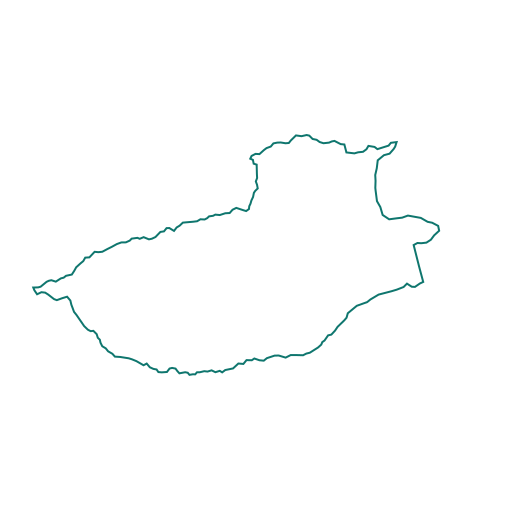 outline of Águas Belas, Pernambuco, Brazil, rotated 224°
{"feature_id": "56859067B72970478778439", "entity_name": "Águas Belas", "entity_type": "district", "adm_level": 2, "iso_a3": "BRA", "parent_name": "Brazil", "parent_adm1": "Pernambuco", "projection": "mercator", "projection_center": [-37.018, -9.099], "detail": "fine", "context": "isolated", "style": "outline", "palette": "teal", "viewbox_px": 512, "rotation_deg": 224, "n_neighbors": 0, "source": "geoboundaries", "source_scale": "gbopen_adm2", "svg_char_len": 2994}
<svg xmlns="http://www.w3.org/2000/svg" viewBox="0 0 512 512"><g transform="rotate(224 256 256)"><path d="M394.3,78.6L391.6,77.4L386.9,76.4L385.2,80.9L382.2,83.2L378.7,83.9L371.3,84.7L368.6,85.9L366.0,91.2L363.6,95.5L358.6,95.0L355.0,92.7L352.0,91.3L348.1,89.4L344.2,88.9L330.9,86.2L325.7,86.2L322.7,87.1L321.0,89.2L316.3,89.1L313.0,87.3L310.2,87.3L307.6,85.6L303.9,84.3L299.9,85.2L296.2,84.7L291.4,85.9L287.6,85.6L283.6,89.0L276.5,94.0L273.5,95.5L269.0,97.3L261.0,99.3L259.9,102.7L255.1,102.2L251.4,103.5L248.7,105.3L245.6,104.7L243.0,106.8L239.5,110.7L240.0,115.0L238.6,117.2L235.7,119.1L232.7,118.6L229.6,118.4L226.2,123.2L224.0,124.6L221.3,124.3L219.3,127.0L217.5,128.7L217.7,131.3L215.7,133.3L213.2,137.2L210.6,139.2L208.5,142.9L204.5,144.2L202.3,148.2L199.5,148.8L198.9,152.6L194.4,159.2L194.0,166.4L190.1,169.6L190.5,174.5L186.6,178.1L186.0,181.1L181.1,183.4L177.7,186.1L177.2,190.1L173.4,197.3L170.5,200.2L166.8,202.1L164.1,203.5L162.2,208.9L159.1,211.9L153.2,217.3L152.0,220.8L150.1,223.8L147.8,233.3L147.5,237.6L148.5,240.1L148.0,242.8L149.0,249.0L147.2,251.8L147.3,257.2L148.1,261.7L147.8,271.1L148.0,274.5L150.2,278.6L149.4,285.8L148.9,290.2L144.0,300.1L143.5,304.2L141.0,313.4L134.1,324.7L131.4,329.5L128.3,336.2L128.2,341.0L122.6,342.1L120.2,344.2L119.0,350.1L117.7,353.5L131.5,361.8L150.2,373.4L148.9,377.5L146.0,380.0L142.7,384.0L141.5,389.2L142.2,394.6L141.8,401.4L145.9,404.2L152.4,402.3L156.3,399.8L163.9,397.9L174.8,390.6L177.5,385.1L180.7,381.2L185.7,374.9L193.4,373.5L200.6,377.6L207.1,379.5L215.6,386.3L217.5,387.9L222.2,393.1L226.5,397.1L230.0,402.9L234.9,409.4L234.0,417.4L231.0,422.4L231.3,428.6L231.9,431.4L234.0,435.6L237.6,431.1L237.3,427.5L242.9,417.2L246.5,416.8L251.6,413.3L250.7,409.5L251.4,405.3L254.6,401.5L256.5,398.2L262.9,393.3L269.9,397.6L272.8,395.3L279.5,393.3L281.1,391.0L282.2,388.3L285.8,384.0L289.4,382.2L293.1,381.7L296.6,379.5L301.3,379.6L303.6,378.2L306.5,373.8L311.0,370.5L311.2,363.3L310.9,360.1L313.1,357.6L317.1,354.8L319.5,352.3L321.7,349.1L321.4,345.0L323.4,340.9L323.9,337.5L324.3,331.7L327.3,329.1L328.7,324.9L327.7,322.0L325.0,323.0L321.8,320.8L319.0,322.2L312.2,315.5L309.4,312.9L307.9,309.5L304.8,308.0L301.7,305.8L301.8,302.4L301.4,300.0L299.1,296.4L297.9,292.8L296.3,289.8L295.4,287.1L293.7,284.9L294.3,281.5L296.8,280.2L299.9,278.7L303.6,276.9L305.0,273.0L304.8,268.6L307.8,265.4L310.5,260.3L314.0,257.5L314.8,255.1L317.3,251.9L317.4,249.3L318.3,246.6L321.5,243.8L322.5,240.1L325.1,236.9L331.8,229.2L332.0,224.8L332.9,221.4L332.4,217.1L337.8,215.9L339.7,213.9L339.3,209.8L341.5,206.9L341.5,199.8L342.9,196.1L344.6,193.6L349.9,191.5L351.6,187.6L353.9,186.7L357.5,182.1L357.5,179.4L359.1,175.4L362.3,172.2L364.4,167.9L366.1,162.4L367.7,157.9L369.5,152.3L372.0,149.3L375.0,146.9L374.9,139.3L377.7,136.2L376.7,132.3L377.1,128.9L377.5,123.0L376.4,118.9L375.6,114.7L378.9,109.8L379.3,106.8L380.8,104.4L382.2,98.5L386.4,96.4L387.8,94.3L388.7,92.0L389.6,84.3L390.9,82.1L394.3,78.6Z" fill="none" stroke="#0f766e" stroke-width="2"/></g></svg>